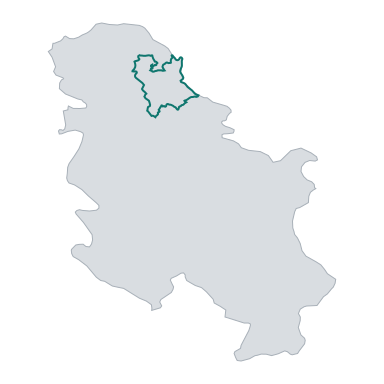 location of Srednje-Banatski within Republic of Serbia
{"feature_id": "SRB-1061", "entity_name": "Srednje-Banatski", "entity_type": "District", "adm_level": 1, "iso_a3": "SRB", "parent_name": "Republic of Serbia", "parent_adm1": "", "projection": "robinson", "projection_center": [20.51, 45.43], "detail": "fine", "context": "in_parent", "style": "outline", "palette": "teal", "viewbox_px": 384, "rotation_deg": 0, "n_neighbors": 0, "source": "natural_earth", "source_scale": "10m", "svg_char_len": 8033}
<svg xmlns="http://www.w3.org/2000/svg" viewBox="0 0 384 384"><path d="M222.1,137.7L233.5,140.9L238.6,143.9L241.3,147.7L248.5,150.3L260.3,151.6L268.4,155.6L273.1,162.3L280.5,160.7L290.8,150.7L301.0,148.1L311.1,152.9L316.6,156.8L317.5,159.9L315.2,161.1L309.6,160.5L305.0,162.4L301.5,166.8L301.0,171.5L303.6,176.5L307.1,179.9L311.7,181.8L314.2,184.4L314.6,187.7L315.8,188.6L313.2,190.1L310.4,192.3L308.8,196.3L308.4,202.6L299.6,207.6L296.2,208.5L294.7,211.7L292.5,221.0L292.8,228.0L294.0,231.6L294.6,234.4L297.5,238.0L300.2,243.5L302.0,250.7L306.0,256.2L315.9,261.7L320.9,264.9L324.6,269.5L327.4,273.7L335.7,279.3L335.1,283.2L333.3,287.1L331.5,288.9L327.4,293.9L323.5,296.7L317.0,305.5L306.7,306.0L304.2,306.7L300.3,309.1L298.4,313.5L300.3,317.0L300.2,320.6L298.3,327.5L300.9,334.9L304.6,338.3L305.2,340.3L304.6,343.8L299.2,350.9L297.6,353.5L292.1,354.8L290.2,354.1L287.4,351.7L284.7,350.9L278.2,353.8L271.6,355.6L266.3,354.2L261.2,354.1L257.6,355.2L254.9,355.7L249.6,358.7L241.1,361.0L237.2,360.5L235.7,357.6L234.1,353.5L234.9,351.6L240.5,348.4L241.1,345.3L248.9,330.4L250.4,325.6L250.4,324.0L248.4,323.0L244.1,323.0L225.0,317.0L225.8,310.0L220.2,306.3L214.2,303.0L213.2,299.3L206.4,291.8L201.5,287.6L195.3,285.5L189.9,282.4L186.7,280.5L185.2,277.0L185.2,274.9L183.6,272.9L181.0,273.2L176.6,275.9L171.2,278.3L170.3,280.1L172.2,284.2L173.6,286.9L173.0,289.4L171.3,292.5L160.9,299.5L159.7,302.0L161.7,305.9L160.4,307.8L151.7,310.4L151.9,308.2L151.4,304.7L146.4,301.1L139.4,298.2L123.7,288.4L117.7,287.2L112.3,286.0L104.7,281.3L100.7,280.5L96.3,277.2L86.8,265.9L78.7,259.7L73.2,256.6L71.7,253.6L71.3,250.5L71.5,249.4L75.8,245.0L79.0,244.4L83.1,244.2L85.9,246.5L89.5,246.9L91.5,244.1L92.6,240.0L92.1,234.7L83.5,222.5L76.1,214.0L75.3,212.1L76.9,210.5L79.5,209.7L82.3,210.4L89.5,211.0L96.5,210.2L98.9,208.1L98.9,205.4L96.3,202.8L88.2,195.8L81.9,189.6L74.5,184.9L69.0,183.0L67.4,180.6L66.7,178.0L67.3,173.3L67.7,167.3L69.1,163.6L74.1,156.4L78.9,148.9L81.9,141.7L83.5,134.9L82.9,133.0L80.4,131.6L75.2,130.1L67.9,131.4L61.7,133.8L59.3,134.0L58.5,131.0L59.5,129.7L61.4,129.8L63.0,130.4L64.7,129.0L65.7,125.0L63.3,111.0L67.9,109.8L68.0,107.8L68.4,106.0L73.2,108.4L79.9,108.5L85.8,108.0L86.7,106.6L86.6,104.6L85.4,103.1L83.3,101.8L81.8,99.9L77.9,99.0L65.5,94.0L59.4,88.7L59.7,83.0L61.5,79.9L63.6,78.8L63.0,77.8L56.0,75.1L53.6,71.5L55.6,66.8L52.1,57.3L48.3,51.5L52.1,48.9L52.6,45.3L53.0,43.3L54.5,43.3L60.6,40.9L62.8,38.9L64.1,36.7L65.5,36.1L69.6,38.6L73.8,38.8L78.6,37.2L82.2,35.0L86.5,33.2L88.5,32.0L91.0,30.0L96.1,24.2L101.7,23.0L109.4,24.5L117.6,25.0L123.7,23.7L139.4,25.4L142.7,26.7L144.9,28.2L149.0,33.1L152.9,39.6L158.3,42.5L164.8,46.0L168.2,48.6L173.1,56.3L177.0,60.0L178.3,59.9L179.6,58.9L180.5,58.1L181.5,58.8L181.6,61.1L181.8,66.3L180.9,71.8L182.3,77.0L182.4,78.6L181.4,80.1L181.5,81.4L182.9,82.8L188.2,86.3L193.1,91.6L198.8,95.3L204.0,97.7L207.3,97.8L212.8,102.1L223.5,105.2L227.0,106.3L229.3,108.1L231.0,110.1L231.1,112.3L229.5,113.4L227.2,116.3L226.3,119.9L224.6,120.8L222.8,120.9L221.6,122.0L221.9,123.5L223.3,125.0L225.6,126.4L229.9,127.7L234.1,129.7L234.0,131.3L233.2,133.0L227.8,133.7L223.8,133.9L222.0,134.7L222.1,137.7Z" fill="#d9dde1" stroke="#a8b0b8" stroke-width="1"/><path d="M172.5,54.9L172.6,55.5L173.3,56.5L174.9,58.2L175.6,59.4L176.4,60.0L177.3,60.2L178.2,60.0L179.1,59.3L179.5,58.4L180.1,57.6L180.9,57.3L181.7,57.7L182.3,58.6L182.3,59.3L182.0,60.1L181.8,61.0L181.9,65.5L181.7,66.7L181.4,67.4L180.7,69.0L180.1,71.1L180.4,72.5L182.4,75.5L183.3,77.5L183.1,78.7L182.1,79.6L180.6,80.7L181.0,81.9L182.0,82.4L183.3,82.8L184.4,83.3L185.4,84.1L187.6,87.0L192.1,90.5L194.8,93.6L195.8,94.3L198.3,95.3L198.2,95.4L198.1,96.0L197.7,96.5L196.2,96.9L195.4,96.7L195.1,96.6L194.9,96.6L194.3,96.6L194.0,96.7L193.3,96.9L193.0,97.0L192.8,97.0L191.7,97.0L191.2,97.1L190.8,97.2L190.4,97.4L189.0,98.3L188.1,99.0L187.3,99.5L186.6,99.9L186.5,100.0L186.0,100.2L184.9,100.5L184.7,100.6L184.4,100.8L184.5,101.0L185.4,101.7L186.3,102.3L185.3,102.9L185.0,103.0L184.2,103.8L184.0,104.0L183.8,104.3L183.7,104.4L183.3,104.7L183.1,104.8L182.1,105.1L181.5,105.2L181.4,105.3L181.3,105.5L181.0,105.9L180.9,106.0L180.5,106.3L180.4,106.3L179.9,106.4L179.6,106.5L179.1,106.9L179.0,107.0L178.9,107.2L178.9,107.7L178.9,107.8L178.7,108.3L178.5,109.1L178.4,109.2L178.3,109.4L178.2,109.5L177.9,109.7L177.7,109.7L177.4,109.6L176.8,109.0L176.1,108.1L175.8,107.6L175.6,107.4L175.3,107.2L175.1,107.2L173.8,106.5L173.6,106.3L173.2,105.9L172.8,105.7L172.2,105.4L171.2,104.9L170.7,104.8L170.5,104.7L169.7,104.7L169.4,104.6L169.2,104.6L168.2,104.1L167.8,104.0L167.7,104.0L167.3,104.1L167.0,104.2L166.8,104.4L166.6,104.5L166.3,105.3L166.2,105.9L166.1,106.1L165.9,106.4L165.7,106.5L165.4,106.7L165.1,106.7L164.8,106.6L164.2,106.1L163.9,106.0L163.5,106.2L163.3,106.3L163.1,106.4L162.8,106.4L162.6,106.4L162.4,106.4L162.2,106.2L162.1,105.7L161.9,105.4L161.6,105.4L161.4,105.5L161.2,105.9L161.0,106.4L160.9,106.6L160.2,107.4L160.0,107.8L159.8,108.3L159.6,108.6L159.5,108.8L158.9,109.5L158.7,109.7L158.7,109.9L158.8,110.1L159.1,110.6L159.5,111.0L159.6,111.3L159.5,111.5L159.4,111.6L159.3,111.8L159.1,111.9L159.0,112.0L158.5,112.1L158.3,112.2L158.2,112.3L157.9,112.6L157.8,112.9L157.8,113.0L158.0,113.4L158.1,113.6L158.1,113.9L158.0,114.1L157.9,114.3L157.3,115.1L157.1,115.2L156.6,115.5L156.3,115.9L155.7,116.4L155.4,117.2L154.6,116.7L154.0,116.2L153.8,116.1L153.5,115.9L153.2,115.8L152.9,115.8L152.3,115.7L151.5,115.9L148.1,111.4L147.2,110.7L147.5,109.6L147.7,108.3L148.0,107.1L149.9,106.0L150.1,104.9L149.6,102.8L148.9,100.7L145.5,98.3L144.4,96.6L144.8,95.9L145.1,95.0L145.6,94.2L146.3,93.7L145.2,92.4L142.9,90.4L142.0,89.0L144.0,85.0L142.4,83.0L135.9,77.8L135.2,76.9L135.0,75.9L135.3,74.6L135.9,73.8L136.6,73.1L136.8,72.7L136.5,71.7L135.8,71.4L133.8,71.5L132.5,71.3L132.6,70.7L134.1,69.2L135.2,67.0L135.4,65.2L135.1,63.5L134.5,61.6L135.3,61.1L136.0,61.0L137.5,60.6L138.3,60.3L139.3,59.4L139.3,58.9L138.8,58.3L138.3,57.5L138.2,56.2L139.0,55.6L139.5,55.2L140.1,55.4L140.4,55.5L140.7,55.5L142.2,55.6L143.0,55.7L143.5,55.8L144.1,55.8L145.2,55.8L145.7,55.8L146.6,55.6L147.4,55.5L147.9,55.4L148.9,55.3L149.1,55.3L149.8,55.5L150.0,55.5L150.3,55.7L150.5,55.8L150.8,55.7L151.3,55.5L151.6,55.4L151.9,55.3L152.0,55.3L152.3,55.5L152.4,55.9L152.4,56.4L152.5,56.6L152.8,57.4L153.0,58.1L153.2,58.5L153.4,58.9L153.7,59.6L153.8,59.7L154.2,60.2L154.4,60.5L154.5,60.7L154.6,61.3L154.7,61.5L154.9,61.6L155.0,61.7L155.6,61.7L155.8,61.7L156.1,61.8L156.3,61.9L156.5,62.1L156.9,62.4L157.2,62.7L157.3,62.8L157.4,63.0L157.2,63.2L156.8,63.6L156.5,63.9L156.4,64.1L156.3,64.3L156.3,64.7L156.3,64.9L156.2,65.0L155.9,65.2L155.7,65.2L155.3,65.2L155.0,65.1L154.8,65.0L154.6,65.1L154.2,65.5L153.7,65.8L153.4,66.1L153.2,66.2L152.6,66.4L152.3,66.5L152.2,66.5L151.9,66.3L151.8,66.0L151.9,65.8L152.0,65.6L152.2,65.3L152.2,65.0L152.2,64.8L152.2,64.7L151.3,65.2L151.0,65.6L151.0,66.3L151.3,66.8L151.8,66.9L152.2,67.2L152.5,67.5L152.6,67.8L152.6,68.0L152.5,68.3L152.4,68.4L152.3,68.5L152.1,68.5L151.3,68.6L151.1,68.7L150.9,68.8L150.8,69.0L150.7,69.7L150.6,70.2L150.4,70.4L150.9,70.6L151.5,70.7L151.7,70.8L151.8,70.8L152.1,71.2L152.2,71.4L152.4,71.5L153.0,71.7L153.3,71.7L153.7,71.6L154.2,71.5L155.1,71.1L155.5,71.0L156.2,70.9L156.6,70.8L156.8,70.8L157.3,70.5L157.7,70.4L157.9,70.3L158.7,70.3L160.6,70.3L161.1,70.3L161.4,70.4L161.6,70.4L162.4,70.7L162.6,70.7L162.9,70.8L163.4,70.7L163.7,70.7L164.6,70.5L164.2,70.0L164.0,69.8L163.9,69.5L163.8,69.2L163.7,69.1L163.2,68.5L163.1,68.2L162.9,67.7L162.6,67.2L162.5,66.8L162.5,66.7L162.6,66.2L162.9,65.6L163.0,65.1L163.2,64.8L163.4,64.6L164.2,64.2L164.6,64.0L164.8,63.9L165.1,63.5L165.7,63.1L166.1,62.7L166.3,62.6L166.6,62.5L166.8,62.5L167.0,62.5L167.3,62.6L167.9,62.9L168.2,63.0L168.5,63.1L169.1,63.0L169.7,63.0L170.3,62.9L170.5,62.9L170.8,62.8L170.9,62.7L170.8,62.0L170.8,61.5L170.8,61.0L170.8,60.5L170.8,60.2L171.1,59.4L171.3,58.8L171.5,58.5L171.7,58.3L172.4,57.8L172.5,57.6L172.5,57.3L172.5,57.2L172.3,56.7L172.2,56.4L171.8,56.1L171.7,55.9L171.6,55.7L171.7,55.4L172.1,55.3L172.2,55.2L172.4,55.0L172.5,55.0L172.5,54.9Z" fill="none" stroke="#0f766e" stroke-width="2"/></svg>